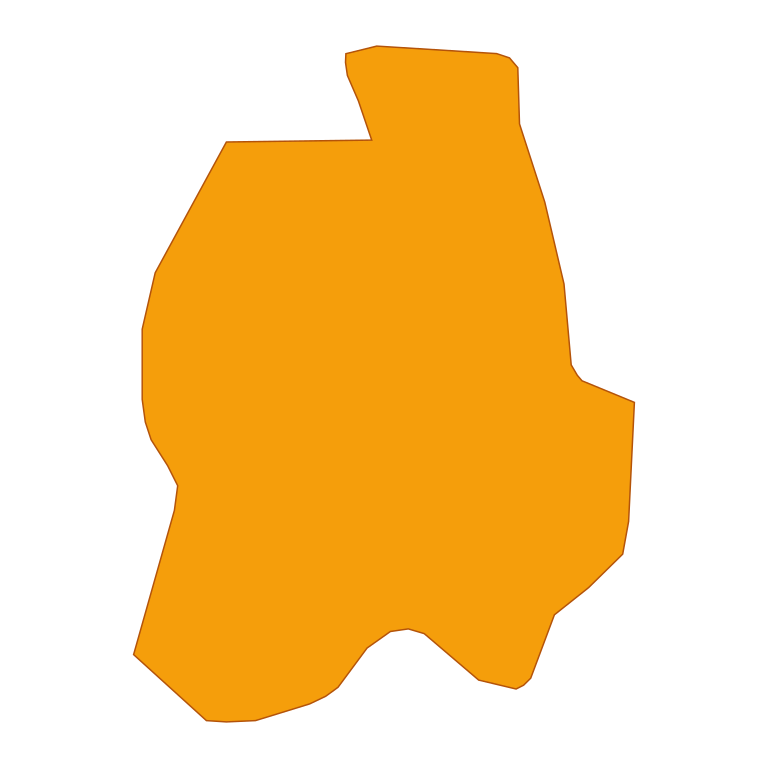 Phnom Penh, Mercator projection
{"feature_id": "KHM-1789", "entity_name": "Phnom Penh", "entity_type": "Municipality", "adm_level": 1, "iso_a3": "KHM", "parent_name": "Cambodia", "parent_adm1": "", "projection": "mercator", "projection_center": [104.875, 11.558], "detail": "fine", "context": "isolated", "style": "filled", "palette": "amber", "viewbox_px": 768, "rotation_deg": 0, "n_neighbors": 0, "source": "natural_earth", "source_scale": "10m", "svg_char_len": 664}
<svg xmlns="http://www.w3.org/2000/svg" viewBox="0 0 768 768"><path d="M376.7,46.1L496.6,53.6L509.5,57.9L517.8,67.7L519.5,123.9L544.8,202.2L564.0,284.0L571.2,364.9L577.3,375.3L582.0,380.8L634.4,402.4L628.6,521.5L622.7,554.1L588.6,587.6L554.4,614.8L530.7,678.2L523.6,685.2L516.1,689.0L478.7,680.1L424.2,633.6L408.3,628.9L390.4,631.5L367.1,648.0L338.0,687.3L325.8,696.2L309.7,703.9L255.5,720.6L226.4,721.9L206.4,720.6L133.6,654.6L174.4,510.4L177.7,485.7L167.7,465.8L151.1,439.7L145.3,422.0L142.2,399.4L142.2,329.2L155.2,272.8L226.4,142.0L371.7,140.1L358.4,100.9L347.4,75.5L345.5,62.4L345.9,53.7L376.7,46.1Z" fill="#f59e0b" stroke="#b45309" stroke-width="1.5"/></svg>